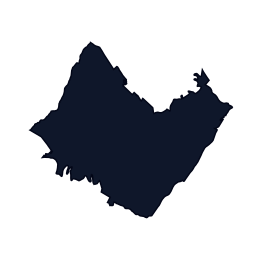 the district of Chia, Cundinamarca, Colombia, rotated 19°
{"feature_id": "7082276B36074400968325", "entity_name": "Chia", "entity_type": "district", "adm_level": 2, "iso_a3": "COL", "parent_name": "Colombia", "parent_adm1": "Cundinamarca", "projection": "orthographic", "projection_center": [-74.043, 4.869], "detail": "fine", "context": "isolated", "style": "filled", "palette": "ink", "viewbox_px": 256, "rotation_deg": 19, "n_neighbors": 0, "source": "geoboundaries", "source_scale": "gbopen_adm2", "svg_char_len": 5732}
<svg xmlns="http://www.w3.org/2000/svg" viewBox="0 0 256 256"><g transform="rotate(19 128 128)"><path d="M179.4,48.9L180.3,53.9L180.4,55.0L180.1,55.6L179.5,55.8L178.8,55.8L176.1,54.4L175.3,54.2L174.5,54.5L173.4,55.3L173.2,55.7L173.2,56.2L173.3,56.4L173.7,56.5L175.4,56.2L176.0,56.3L176.9,57.0L177.8,57.9L178.0,58.9L177.8,59.3L177.4,59.5L176.0,59.5L175.4,59.7L174.8,60.1L174.7,60.5L175.1,60.9L177.8,61.0L179.0,61.9L179.6,62.6L179.8,63.1L179.8,65.2L180.0,65.9L180.4,65.9L181.5,65.2L181.8,65.1L184.1,65.6L184.2,66.3L183.5,69.0L183.1,69.9L181.6,72.4L180.9,73.2L180.3,73.5L179.6,73.6L178.5,73.0L177.7,72.8L176.2,73.1L174.1,73.2L173.3,73.4L173.1,73.6L173.3,74.1L174.8,74.7L174.8,75.8L174.2,77.1L171.2,80.9L170.6,82.1L170.3,82.2L170.2,82.1L168.8,80.0L168.5,79.6L168.3,79.6L167.8,80.3L167.8,80.8L169.0,82.5L169.2,83.0L169.0,83.3L168.6,83.5L166.8,84.0L165.0,85.1L162.7,85.7L162.2,86.0L162.0,86.4L162.0,88.5L161.2,92.1L161.1,93.0L161.2,94.6L162.2,97.5L162.2,97.9L162.0,98.3L161.4,98.3L159.4,97.6L158.6,97.7L158.3,98.7L156.3,101.2L155.5,102.0L154.6,102.7L153.2,103.2L151.1,103.4L150.1,103.9L148.9,104.7L147.9,105.9L147.0,105.1L144.9,100.9L144.2,100.5L132.7,95.4L132.3,95.3L131.9,98.0L131.2,98.0L126.8,94.3L126.3,94.1L125.8,94.6L125.0,94.2L125.2,93.8L122.3,92.5L121.1,95.1L111.6,90.6L110.3,90.0L109.8,90.0L109.6,89.0L109.2,88.8L109.2,88.3L109.6,88.2L110.6,88.2L111.1,88.0L111.3,87.8L110.4,87.0L110.3,86.4L110.7,86.3L112.0,87.0L112.2,86.7L112.2,86.3L111.4,85.9L111.6,85.0L111.1,84.8L110.3,85.0L109.7,86.3L109.4,86.4L109.1,86.3L108.9,85.9L108.8,85.1L108.5,84.9L108.3,84.3L108.3,84.0L108.6,83.9L110.1,83.9L111.1,84.3L111.1,84.1L110.6,83.1L110.6,82.8L109.1,82.0L108.3,81.5L105.7,79.9L104.1,78.5L100.8,76.0L99.9,75.0L98.5,73.9L97.8,73.6L97.4,73.6L95.4,77.3L81.8,66.7L78.1,63.5L74.9,61.0L73.3,60.9L70.5,61.0L68.4,60.5L67.5,60.1L64.7,59.4L64.8,60.1L63.5,62.1L62.8,64.7L61.9,65.5L61.5,66.1L60.6,67.9L60.4,68.8L60.2,72.5L59.4,74.7L59.5,76.2L60.2,77.8L60.2,80.1L60.7,82.8L60.5,83.0L59.0,83.0L58.3,83.3L56.8,87.6L56.1,88.7L56.1,91.9L57.2,96.6L57.3,97.7L57.2,99.5L57.3,101.5L57.0,102.6L57.1,104.8L57.0,106.8L56.2,108.2L55.5,110.1L55.3,111.1L55.4,111.8L55.7,112.9L56.1,114.6L56.3,117.0L56.2,118.8L55.8,120.7L55.6,123.0L55.0,125.3L55.1,126.0L54.9,127.4L55.6,130.2L55.8,131.8L55.7,132.9L55.2,134.3L54.6,134.8L52.9,135.9L51.5,136.3L50.0,137.1L49.8,138.6L49.3,140.0L48.9,140.7L48.6,142.3L47.6,143.7L46.8,146.0L46.2,147.2L45.8,147.7L44.6,148.5L43.5,148.7L42.9,149.1L42.5,150.2L42.5,151.8L41.6,152.0L41.0,152.3L40.4,153.4L39.3,154.2L38.7,154.9L38.9,155.7L38.8,156.3L38.3,156.8L37.7,158.2L36.9,160.4L36.9,161.1L36.1,161.9L48.9,164.5L57.9,170.4L58.0,170.6L63.7,174.7L62.7,175.2L63.0,175.5L63.4,175.6L63.9,176.1L63.9,176.4L63.6,176.8L62.9,177.1L62.1,176.7L61.9,177.0L61.5,178.1L61.3,178.4L60.1,178.8L59.5,179.1L59.0,179.0L58.7,179.1L58.8,179.7L59.2,180.6L59.2,181.7L59.0,181.8L58.1,181.6L57.9,181.1L57.6,181.1L56.7,183.7L58.5,182.8L59.0,182.7L61.8,181.8L63.2,181.4L64.6,181.5L66.5,180.9L68.2,181.0L70.2,181.7L72.2,183.4L73.4,184.9L74.4,188.7L74.8,191.4L74.8,194.1L75.2,194.5L76.0,194.5L77.5,194.1L78.1,194.1L80.6,195.3L81.0,195.3L81.2,195.1L81.1,193.5L80.3,190.0L80.3,188.3L80.6,186.8L81.6,184.4L82.5,183.2L83.1,183.2L83.6,183.4L84.1,183.8L84.3,184.2L84.5,185.6L84.3,187.9L84.7,190.7L84.9,191.2L85.3,191.4L85.6,191.2L85.8,190.7L86.0,189.5L86.0,188.4L85.6,186.8L85.7,185.7L87.0,183.3L87.5,183.1L87.9,183.2L88.0,183.8L87.6,187.5L87.8,188.2L88.2,189.1L89.2,190.7L90.3,194.0L91.1,195.8L91.4,196.0L91.7,196.0L92.0,195.7L92.0,194.6L92.2,194.2L93.1,193.7L95.0,193.4L97.4,193.6L98.5,193.8L99.2,193.5L102.1,190.3L102.5,189.2L102.7,187.5L103.0,187.1L103.5,186.9L104.2,187.1L104.9,187.5L107.2,189.9L108.6,191.0L109.3,191.2L110.0,191.1L110.3,190.6L110.3,190.0L109.1,187.8L109.0,185.9L108.6,184.2L108.9,183.8L109.4,184.0L109.8,184.4L110.3,185.4L112.4,190.2L113.0,191.2L114.2,192.3L114.6,191.9L115.4,191.7L116.9,190.6L117.6,188.4L118.2,187.1L118.7,187.4L123.2,193.7L123.3,194.4L123.6,197.2L133.7,199.3L132.9,205.1L134.4,205.1L135.5,206.4L136.0,206.7L136.1,207.1L137.5,206.6L138.1,206.6L139.0,205.9L138.8,202.7L140.6,202.4L141.4,203.2L142.3,203.0L146.4,203.4L147.5,203.3L149.4,203.3L150.9,204.5L151.5,204.8L152.3,204.8L154.6,204.0L155.8,204.0L156.6,204.1L157.4,204.4L158.6,205.2L160.2,205.6L162.9,206.9L163.6,207.1L164.5,206.9L165.5,206.4L165.9,206.3L166.3,206.4L167.0,206.9L167.5,207.0L168.4,207.0L171.5,206.4L172.4,206.5L173.7,206.7L174.9,206.6L175.1,206.4L175.6,205.7L176.0,204.6L176.4,204.3L178.4,203.5L179.0,203.1L181.9,192.8L182.6,190.9L182.8,189.6L183.2,186.4L183.6,184.4L184.6,181.7L185.6,180.1L187.7,178.1L188.3,177.2L188.6,176.3L189.2,173.9L189.6,169.3L190.2,166.7L191.1,165.1L193.1,162.5L194.8,161.6L195.4,160.9L196.0,160.7L196.2,160.4L196.4,159.9L196.6,159.7L197.9,160.2L198.3,160.0L198.5,159.7L199.1,157.2L201.2,150.0L202.3,147.4L202.8,145.6L203.3,142.6L203.9,141.3L205.0,137.3L205.9,130.0L206.1,127.0L207.0,121.9L207.7,120.4L208.7,119.1L210.0,117.1L211.8,113.7L212.4,111.9L212.4,104.1L212.8,102.0L212.9,100.8L210.4,100.1L211.1,99.8L211.6,99.2L212.0,98.5L212.9,97.7L213.3,97.0L215.1,88.9L214.8,88.8L214.4,89.0L214.1,89.5L214.0,90.3L213.7,90.6L213.0,90.7L212.7,90.5L212.7,89.4L213.1,88.4L214.4,87.5L214.6,87.1L214.6,86.9L215.1,86.7L215.2,86.4L214.9,85.9L215.1,85.2L215.6,84.7L215.9,83.9L216.1,84.4L216.3,84.4L216.4,83.8L216.5,82.1L216.9,81.5L217.1,80.8L217.4,78.8L217.8,77.5L218.1,77.0L218.6,76.5L218.9,76.0L219.8,75.1L219.9,74.4L218.9,73.8L215.8,73.4L215.2,73.0L214.8,72.3L214.6,72.2L212.9,72.4L210.9,73.5L210.2,73.6L209.0,73.6L206.6,73.2L204.3,71.9L201.9,69.7L200.0,68.5L197.0,67.7L196.0,67.2L195.4,66.5L195.0,65.6L194.1,64.5L192.8,63.5L190.8,62.8L187.0,62.0L189.1,56.5L186.4,54.6L180.9,50.3L179.4,48.9Z" fill="#0f172a" stroke="#020617" stroke-width="1.5"/></g></svg>